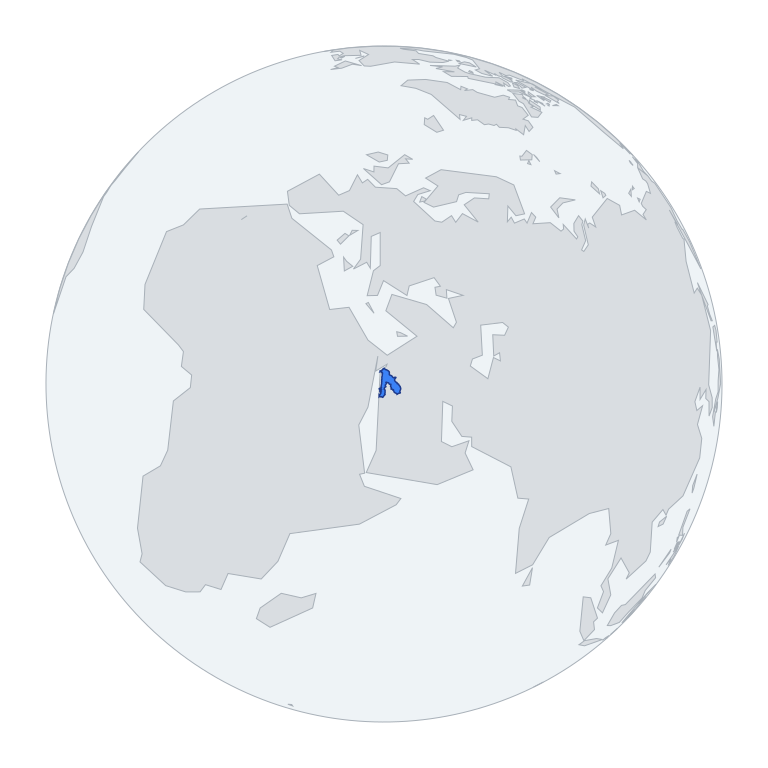 Tabuk on an orthographic globe, rotated 37°
{"feature_id": "SAU-848", "entity_name": "Tabuk", "entity_type": "Region", "adm_level": 1, "iso_a3": "SAU", "parent_name": "Saudi Arabia", "parent_adm1": "", "projection": "orthographic", "projection_center": [36.673, 26.762], "detail": "fine", "context": "on_globe", "style": "filled", "palette": "blue", "viewbox_px": 768, "rotation_deg": 37, "n_neighbors": 0, "source": "natural_earth", "source_scale": "10m", "svg_char_len": 14456}
<svg xmlns="http://www.w3.org/2000/svg" viewBox="0 0 768 768"><g transform="rotate(37 384 384)"><circle cx="384" cy="384" r="338" fill="#eef3f6" stroke="#a8b0b8"/><path d="M445.2,51.7L444.3,51.5L428.8,49.2L427.2,49.2L437.7,50.8L442.4,52.2L427.1,49.6L433.6,52.1L408.8,50.8L369.5,48.1L354.4,50.6L310.5,57.2L313.2,57.7L298.2,61.9L295.7,64.3L288.3,65.8L292.8,66.6L300.0,64.9L304.4,64.9L303.6,66.5L294.0,68.2L293.0,67.7L289.8,69.2L285.3,69.5L287.0,70.2L275.5,72.9L285.6,72.8L275.3,77.1L268.0,78.2L270.6,74.7L259.8,71.9L253.2,73.7L241.2,78.7L215.0,94.3L206.9,98.3L194.7,106.2L198.2,104.9L209.1,98.6L212.7,99.2L225.6,92.4L229.0,92.0L241.5,87.2L237.6,91.8L227.0,99.3L216.5,103.9L211.5,107.7L220.0,107.1L198.7,120.4L182.1,138.3L176.8,141.9L169.4,140.7L173.4,130.1L163.8,132.2L167.9,135.3L154.7,145.7L151.6,149.8L151.2,152.3L155.4,150.3L150.4,155.3L144.5,153.1L148.9,148.5L150.7,149.0L152.5,144.5L148.4,144.8L142.0,151.0L142.6,147.7L138.0,152.4L135.7,154.8L136.1,154.4L142.8,147.4L136.5,153.9L153.7,136.7L172.0,120.9L191.4,106.4L211.7,93.3L233.0,81.7L255.1,71.6L277.8,63.2L301.0,56.4L324.7,51.3L348.7,47.9L372.8,46.3L397.1,46.3L421.2,48.1L445.2,51.7ZM48.2,346.5L47.2,367.2L46.8,383.8L46.4,389.8L47.2,397.7L47.3,403.1L55.6,434.2L64.2,459.8L66.9,478.1L65.5,489.7L77.8,527.0L77.8,526.9L67.5,502.5L59.2,477.4L52.9,451.7L48.7,425.6L46.4,399.3L46.3,372.8L48.2,346.5ZM242.8,85.1L242.1,86.1L240.1,86.4L242.8,85.1ZM248.8,82.3L247.0,81.9L249.6,80.6L250.6,80.8L248.8,82.3ZM451.8,53.2L455.0,54.2L449.0,52.7L451.8,53.2ZM250.5,83.1L254.4,78.3L259.0,76.1L267.0,75.3L250.5,83.1ZM455.1,54.5L463.2,57.9L469.4,59.0L456.4,58.6L453.9,55.3L445.5,53.0L452.5,54.4L455.1,54.5ZM302.7,63.7L294.9,65.6L302.1,62.8L302.7,63.7ZM306.2,62.0L322.1,55.0L333.3,53.7L325.7,56.0L340.6,53.8L338.2,56.5L329.5,58.3L322.8,58.4L327.0,59.5L306.2,62.0ZM448.0,58.3L447.7,59.1L445.1,57.9L448.0,58.3ZM306.7,64.7L309.0,63.1L318.8,61.7L316.1,64.7L313.8,64.2L306.7,64.7ZM345.8,52.2L352.6,52.1L352.5,54.1L355.1,54.5L339.1,56.5L345.8,52.2ZM311.2,65.3L314.5,66.4L309.1,68.6L305.2,66.2L311.2,65.3ZM322.4,60.3L326.9,59.9L323.5,61.0L322.4,60.3ZM292.1,78.2L294.5,75.7L299.8,74.7L292.1,78.2ZM316.1,66.7L317.9,65.9L320.3,65.4L321.3,66.7L316.1,66.7ZM340.2,58.0L338.7,59.1L346.7,57.3L347.0,59.2L336.3,60.4L341.0,60.7L341.1,61.4L332.3,61.7L340.2,58.0ZM329.5,66.6L315.9,69.6L310.2,74.1L305.3,75.0L315.4,67.7L329.5,66.6ZM331.9,63.6L329.3,65.6L324.5,65.4L323.4,63.9L331.9,63.6ZM351.0,60.3L353.4,57.0L355.6,56.9L351.0,60.3ZM328.7,67.8L332.0,67.1L328.9,68.2L328.7,67.8ZM345.2,62.5L345.8,61.2L348.3,61.1L345.2,62.5ZM338.1,67.1L333.8,67.9L332.8,66.8L338.1,67.1ZM342.1,65.0L345.5,65.2L335.1,65.9L342.0,64.4L342.1,65.0ZM347.6,62.6L349.2,62.2L347.0,63.2L347.6,62.6ZM344.1,71.2L331.3,72.4L329.2,69.7L342.0,68.9L344.1,71.2ZM133.2,448.3L118.6,393.2L128.1,377.6L131.5,355.2L198.4,298.6L210.7,307.1L261.4,308.6L267.4,312.6L259.4,329.6L295.8,357.2L309.9,343.8L344.8,358.6L369.3,359.1L381.6,326.0L341.4,324.4L336.4,307.7L370.2,294.9L405.5,297.4L404.7,291.1L384.0,276.9L393.8,265.6L377.0,271.1L382.6,277.6L372.2,281.7L366.5,276.1L370.2,272.0L360.0,268.9L345.1,290.5L349.1,299.5L321.4,301.7L325.5,317.2L317.4,323.6L307.4,299.9L309.7,291.7L289.8,265.3L285.0,273.8L303.4,299.8L296.9,297.2L290.4,310.6L290.2,298.4L271.4,269.3L247.5,270.5L214.1,298.9L200.8,298.3L190.9,288.2L206.1,255.3L234.2,260.5L240.0,250.3L236.9,232.9L245.7,236.4L247.8,230.4L258.7,232.0L276.6,220.3L288.0,220.8L297.5,203.5L304.6,201.8L297.0,212.3L297.8,220.4L326.5,223.2L332.8,220.0L336.6,208.9L344.0,211.7L344.1,200.7L361.8,198.0L340.2,192.6L344.2,181.0L356.2,173.1L353.6,168.7L334.1,181.7L329.8,188.0L332.2,194.7L317.1,212.9L306.7,214.9L307.9,193.4L293.3,194.5L300.6,178.5L349.0,150.9L367.9,146.9L393.9,163.5L388.1,170.2L375.8,167.3L384.9,180.2L385.2,174.2L391.4,177.0L396.7,167.8L401.4,169.4L398.6,158.3L404.8,159.4L406.5,166.4L419.7,155.1L433.4,155.4L434.2,152.2L431.1,148.7L450.5,152.3L450.2,149.8L443.8,147.6L439.0,141.5L438.1,132.5L444.8,134.2L446.1,137.7L458.8,148.2L461.1,158.0L463.8,157.9L463.4,149.9L447.8,136.9L445.4,131.1L453.7,136.3L450.5,133.9L451.4,131.6L458.6,131.2L449.9,125.4L450.6,101.5L464.7,99.5L472.0,106.0L479.6,94.4L494.8,95.1L488.8,92.7L488.5,86.9L483.7,86.4L480.8,85.0L477.6,72.3L482.1,71.4L473.9,65.3L470.8,64.3L467.1,64.5L456.4,58.6L469.4,59.0L475.7,60.9L479.5,60.7L493.4,65.6L506.7,70.3L519.7,77.2L529.1,81.1L529.5,80.7L542.5,86.5L567.9,101.4L545.6,90.9L507.1,73.3L522.7,80.0L518.6,79.4L523.9,82.6L534.9,87.9L536.5,87.9L551.5,104.3L577.0,124.7L576.5,118.9L584.2,121.8L612.7,144.8L643.8,189.3L654.3,197.4L660.3,205.3L662.9,214.0L654.2,202.5L649.7,201.9L644.5,194.6L645.7,206.1L638.3,196.3L642.9,211.0L649.8,216.9L651.5,209.6L658.7,227.7L670.5,236.2L680.6,253.0L690.1,293.4L686.6,312.7L688.2,319.0L682.3,316.4L681.3,332.9L697.8,358.0L699.7,367.7L694.8,394.1L693.5,387.2L678.0,380.3L680.0,404.8L692.0,415.9L696.2,435.3L689.2,434.4L684.3,417.7L678.7,414.6L676.7,394.0L665.3,367.8L658.0,379.2L655.2,367.0L638.4,348.2L625.9,363.9L608.3,407.2L611.5,438.9L603.0,456.1L578.9,417.9L568.8,388.8L559.6,394.6L535.2,373.8L491.7,381.2L486.0,373.7L477.7,379.0L460.6,373.0L451.9,360.4L441.4,362.5L464.5,395.4L475.9,393.3L486.0,378.2L490.3,390.3L506.8,398.9L487.0,432.4L423.1,465.4L417.7,441.8L373.4,376.3L375.2,368.6L375.0,367.8L374.5,366.3L369.6,378.6L362.3,365.4L385.1,412.1L388.5,431.9L422.2,466.9L418.8,470.8L429.9,477.5L466.4,465.3L466.4,473.1L448.7,510.7L398.9,560.1L406.0,589.5L403.3,613.6L373.5,629.2L377.5,646.2L362.2,651.7L362.2,660.7L350.7,669.4L331.0,676.4L296.2,672.9L293.0,665.2L273.9,647.5L247.0,602.6L254.7,583.9L251.1,567.0L226.0,524.3L231.5,503.4L225.0,492.6L211.6,491.9L204.3,478.8L196.3,476.5L147.2,469.0L133.2,448.3ZM173.4,332.1L171.1,338.6L173.4,332.1ZM442.1,317.7L463.8,317.3L455.5,297.0L463.1,295.5L457.5,289.5L454.8,295.6L441.2,279.2L451.0,272.5L449.1,263.7L441.7,263.5L425.8,278.8L445.2,301.8L439.6,310.8L442.1,317.7ZM155.1,145.8L155.4,146.2L153.8,149.5L152.4,149.5L155.1,145.8ZM160.2,157.2L152.1,165.0L156.8,159.0L153.2,160.0L158.7,149.3L174.5,143.2L166.3,147.6L160.2,157.2ZM170.5,134.6L165.2,141.2L170.4,134.3L170.5,134.6ZM249.2,198.8L252.0,203.4L246.6,209.6L232.1,211.4L239.8,202.2L249.2,198.8ZM257.3,208.9L262.5,188.4L271.7,187.3L265.7,191.2L271.2,192.5L263.0,199.4L266.7,219.3L262.1,226.3L237.9,224.3L248.3,220.7L244.9,216.0L257.3,208.9ZM259.6,146.3L262.0,139.7L278.8,145.5L274.7,151.2L260.0,152.6L256.3,146.9L259.6,146.3ZM263.7,83.6L263.6,82.3L266.2,81.6L268.6,82.1L263.7,83.6ZM292.8,77.1L267.3,89.2L265.8,88.1L252.7,97.7L243.6,98.7L252.4,92.3L235.6,100.8L239.9,95.5L229.0,101.9L249.5,87.4L252.7,83.7L252.6,87.3L260.9,86.2L265.4,84.7L280.6,77.8L291.6,70.2L301.5,68.8L305.6,69.9L304.5,71.4L298.4,71.7L301.3,73.7L291.6,75.4L292.8,77.1ZM347.9,95.0L341.3,92.6L345.5,100.9L335.8,100.9L336.9,101.9L329.1,104.5L321.6,109.6L317.5,108.9L316.3,111.3L311.1,113.4L308.1,116.5L299.7,116.7L295.4,120.7L293.9,118.6L288.7,125.7L288.8,120.6L282.1,123.4L285.5,126.9L247.5,124.3L231.5,128.7L218.1,135.5L220.1,127.0L234.0,115.7L253.0,105.2L268.1,102.8L266.3,99.9L273.0,98.1L271.7,101.2L277.7,95.5L282.9,95.0L299.8,88.4L305.4,81.6L311.8,79.4L312.2,81.8L318.2,78.1L323.3,81.4L327.9,80.1L337.5,82.6L335.6,88.8L340.9,87.0L348.5,89.4L347.9,95.0ZM346.6,72.0L346.5,78.4L341.1,81.9L326.6,76.2L321.7,76.9L312.2,74.4L320.2,69.6L322.2,70.7L325.9,70.7L321.9,72.2L328.0,71.0L330.9,72.7L336.3,72.4L334.8,74.4L346.6,72.0ZM275.4,307.0L280.3,308.5L288.2,308.8L284.3,317.6L275.4,307.0ZM262.2,287.2L266.8,286.8L265.1,298.5L260.0,297.3L262.2,287.2ZM270.7,277.1L267.1,285.9L266.1,280.4L270.7,277.1ZM301.4,211.6L306.5,210.9L306.4,213.5L303.0,217.2L301.4,211.6ZM358.2,123.0L355.3,120.2L357.1,119.1L357.2,111.7L364.3,111.6L367.1,116.0L358.2,123.0ZM374.0,331.6L366.1,337.8L362.7,334.6L366.1,333.1L374.0,331.6ZM322.4,328.3L333.5,333.5L321.2,330.7L322.4,328.3ZM366.0,121.6L365.2,118.4L369.3,120.4L366.0,121.6ZM369.6,111.2L374.6,112.7L365.2,110.7L369.6,111.2ZM503.2,695.5L504.9,696.1L499.9,697.6L503.2,695.5ZM461.8,605.8L439.4,646.9L423.3,648.2L419.9,637.4L427.9,613.0L446.6,604.6L455.7,592.2L461.8,605.8ZM714.2,454.2L715.1,451.6L714.7,453.2L714.2,454.2ZM713.6,453.4L715.1,449.4L712.7,457.3L713.6,453.4ZM717.1,441.1L715.6,447.9L717.1,440.6L717.5,438.5L717.1,441.1ZM712.2,456.6L701.7,472.4L696.6,474.9L698.6,468.3L706.9,459.4L712.2,456.6ZM698.1,468.7L689.2,463.6L671.2,434.1L677.8,430.3L695.4,442.5L694.5,447.8L699.9,453.5L698.1,468.7ZM716.6,418.5L715.4,432.8L710.4,440.6L707.7,442.5L705.9,428.1L706.9,417.9L709.5,414.9L714.8,372.6L717.5,375.3L716.9,391.7L718.9,399.6L716.6,418.5ZM613.1,441.3L621.3,456.9L616.1,462.1L613.1,441.3ZM713.7,346.9L713.7,364.9L712.7,343.1L713.7,346.9ZM711.2,328.1L712.8,334.2L710.6,330.1L711.2,328.1ZM691.2,327.9L688.7,332.9L687.1,328.4L689.3,319.5L691.2,327.9ZM688.3,267.5L694.1,280.6L695.7,285.7L691.7,279.4L688.3,267.5ZM426.0,121.8L417.9,131.7L416.9,140.1L423.7,146.1L410.6,142.4L412.3,129.5L426.0,121.8ZM446.9,103.5L440.8,99.2L445.6,98.9L447.7,99.9L446.9,103.5ZM441.7,102.4L430.2,101.4L428.2,97.6L437.7,99.1L441.7,102.4ZM398.0,110.0L395.1,112.8L391.9,111.0L398.0,110.0ZM685.8,536.0L688.3,530.8L690.6,526.1L685.8,536.0ZM719.8,399.9L720.1,406.6L721.3,396.1L720.4,407.7L720.2,417.9L719.4,424.3L719.9,412.9L718.4,429.5L717.7,431.6L718.3,419.7L719.5,401.3L720.1,392.4L721.7,380.3L719.8,399.9ZM720.2,358.0L718.3,350.9L718.1,358.7L716.9,336.1L719.3,346.6L720.2,358.0ZM716.1,337.2L716.1,344.3L715.1,332.0L716.1,337.2ZM715.2,341.5L713.5,334.3L714.4,332.7L715.2,341.5ZM716.5,335.8L713.8,322.3L715.6,328.5L716.5,335.8ZM708.9,318.5L713.5,325.2L710.3,327.3L702.7,303.2L703.5,299.5L708.9,318.5ZM666.6,206.8L662.3,201.3L661.0,197.2L664.3,202.1L666.6,206.8ZM652.6,181.1L659.2,194.4L663.7,206.3L665.7,207.2L672.9,219.3L666.1,212.3L657.9,196.2L655.6,189.3L648.7,180.0L642.9,171.0L633.9,161.4L629.3,155.6L636.8,162.4L652.6,181.1ZM630.1,157.6L612.3,140.5L612.8,138.2L616.9,141.4L624.8,150.0L624.0,150.6L630.1,157.6ZM608.1,135.9L607.2,136.7L579.1,118.5L573.3,114.4L595.0,125.5L595.3,127.1L602.1,132.3L608.1,135.9ZM451.3,59.7L448.0,59.1L450.3,58.9L451.3,59.7ZM478.2,85.0L474.6,82.9L477.4,82.3L478.2,85.0ZM466.2,77.3L465.5,79.4L463.4,76.5L466.2,77.3ZM464.6,84.4L463.9,79.8L468.6,85.3L464.6,84.4Z" fill="#d9dde1" stroke="#a8b0b8" stroke-width="1"/><path d="M387.8,397.1L387.0,395.9L387.0,395.7L386.9,395.5L386.7,395.6L386.5,395.3L386.9,395.3L387.1,395.2L387.1,394.8L387.2,394.6L387.1,394.1L387.1,393.7L387.0,393.3L386.9,393.1L386.7,393.0L386.7,392.9L386.5,392.7L386.3,392.5L386.2,392.4L386.2,392.1L386.1,391.9L386.1,391.7L385.8,391.5L385.7,391.1L385.6,390.9L385.4,390.6L385.1,390.4L384.8,389.9L384.7,389.9L384.6,390.0L384.3,389.9L384.2,389.8L384.1,389.7L384.0,389.3L383.9,389.2L384.0,389.1L384.2,388.8L384.2,388.7L384.1,388.4L384.0,388.2L383.8,388.1L383.5,388.1L383.3,388.0L383.2,387.8L382.8,387.0L382.5,386.5L382.1,385.6L381.7,384.8L381.4,384.5L381.0,384.0L380.9,383.8L380.7,383.5L380.6,383.1L380.3,382.9L380.0,382.6L379.6,382.0L379.4,381.7L379.5,381.5L379.3,381.2L378.9,380.7L378.6,380.4L378.3,380.0L378.2,379.9L377.9,379.4L377.9,378.9L377.6,378.5L377.4,378.1L377.2,377.9L377.0,377.6L377.0,377.4L376.7,377.1L376.6,376.9L376.2,376.6L376.4,376.4L376.5,376.5L376.4,376.3L376.2,376.3L376.0,376.2L375.9,376.2L375.6,375.9L375.5,376.0L375.4,376.0L375.5,376.1L375.3,376.0L375.0,376.1L374.9,376.2L374.6,376.1L374.5,375.9L374.4,376.0L374.2,376.2L374.4,376.0L374.2,376.0L373.9,376.0L373.8,375.8L373.7,375.9L373.6,376.0L373.4,376.4L373.3,376.0L373.2,376.0L373.1,375.9L373.4,375.7L373.5,375.6L373.5,375.4L373.6,375.0L373.7,374.9L373.8,374.7L374.0,374.2L374.2,373.8L374.3,373.5L374.3,373.0L374.2,372.7L374.3,372.3L374.5,372.0L374.4,372.0L374.5,371.8L374.5,371.7L374.6,371.4L375.3,371.4L375.8,371.5L376.5,371.6L376.9,371.3L377.1,371.3L377.3,371.2L378.4,371.0L379.0,371.0L379.4,370.9L379.8,370.9L380.8,371.1L381.1,371.4L381.3,371.5L382.6,373.3L382.9,373.4L383.0,373.4L383.7,373.2L384.9,372.9L385.4,372.9L385.6,372.9L386.4,373.2L386.9,373.3L387.8,373.3L388.0,373.2L388.4,372.5L388.5,372.2L389.0,371.9L389.3,371.6L389.5,371.6L389.7,371.8L389.6,372.9L389.7,373.4L389.8,374.0L390.0,374.4L390.1,374.5L390.4,374.8L390.7,374.9L391.2,375.1L391.6,375.2L392.6,375.3L392.8,375.3L393.3,375.1L393.7,375.3L394.0,375.3L394.1,375.6L394.3,375.8L394.5,375.8L394.7,375.7L395.3,375.4L395.6,375.4L395.9,375.4L396.1,375.6L396.4,375.8L398.1,376.2L398.6,376.4L398.8,376.7L399.3,376.9L399.9,377.4L400.2,377.7L400.4,378.0L401.0,380.2L401.1,380.4L401.2,380.5L401.4,380.7L402.1,381.0L402.3,381.2L402.3,381.4L402.3,381.5L402.2,381.7L401.5,382.4L401.2,382.7L401.1,383.1L400.8,384.0L400.6,384.4L400.4,384.2L400.2,384.0L397.9,384.4L397.3,384.4L397.1,384.4L396.9,384.3L396.2,383.8L395.4,383.5L395.2,383.4L395.1,383.0L395.0,382.9L394.9,382.9L394.8,383.0L394.8,383.3L394.7,383.5L394.4,383.4L394.1,383.3L393.7,383.2L393.6,383.3L393.0,383.7L392.8,383.8L392.7,383.8L392.6,383.7L392.6,383.3L392.6,383.2L392.2,382.9L392.1,382.7L392.0,382.4L391.8,382.3L391.2,382.2L390.9,382.2L390.7,382.0L390.3,381.4L390.0,380.5L389.9,380.4L389.7,380.3L389.6,380.2L389.5,380.3L388.6,380.8L388.3,380.9L388.0,380.8L387.8,380.7L387.4,380.5L387.2,380.4L386.9,380.3L385.4,381.0L384.8,381.2L384.7,381.2L384.6,381.3L384.6,381.5L385.3,381.5L385.5,381.6L385.6,381.9L385.7,382.4L385.7,382.7L385.6,383.5L385.6,383.8L385.7,384.0L385.8,384.3L386.0,384.5L386.9,384.8L387.0,384.9L387.1,385.0L387.1,385.4L386.7,386.0L386.6,386.3L386.6,386.5L386.7,386.8L387.0,387.4L387.2,388.0L387.3,388.0L387.5,387.8L388.7,388.4L388.8,388.5L388.8,388.8L389.0,389.0L389.7,389.7L389.9,390.0L390.2,390.6L390.4,391.4L390.5,391.5L391.0,391.5L391.2,391.8L391.0,393.2L391.1,395.1L391.0,395.3L390.9,395.5L390.7,395.6L390.0,395.6L389.8,395.6L389.7,395.7L389.3,396.1L389.0,396.3L388.7,396.3L388.3,396.3L388.1,396.4L387.9,396.6L387.8,397.1ZM385.4,391.9L385.5,391.9L385.4,392.0L385.2,392.3L385.1,392.2L384.7,391.8L384.7,391.7L384.8,391.7L385.3,391.9L385.2,391.9L385.2,392.0L385.3,392.0L385.4,391.9ZM384.1,391.0L383.4,390.9L383.1,390.7L383.3,390.2L383.3,390.4L383.2,390.5L383.5,390.7L383.7,390.9L383.8,390.9L383.8,391.0L384.1,391.0ZM383.3,390.1L383.3,389.7L383.6,389.3L383.4,389.5L383.4,389.8L383.5,389.9L383.5,390.1L383.6,390.3L383.4,390.1L383.3,390.1ZM384.7,391.5L384.5,391.4L384.4,391.3L384.3,391.2L384.2,391.1L384.3,391.1L384.5,391.2L384.6,391.3L384.9,391.5L385.1,391.7L385.1,391.8L384.9,391.6L384.7,391.5ZM385.9,391.9L386.0,392.0L385.9,392.0L385.7,391.9L385.6,391.7L385.5,391.8L385.5,391.6L385.8,391.7L385.9,391.9ZM385.2,391.2L385.2,390.9L385.3,390.8L385.3,391.0L385.4,391.3L385.2,391.2ZM384.9,391.2L385.0,391.0L384.9,391.2Z" fill="#3b82f6" stroke="#1e3a8a" stroke-width="1.5"/></g></svg>